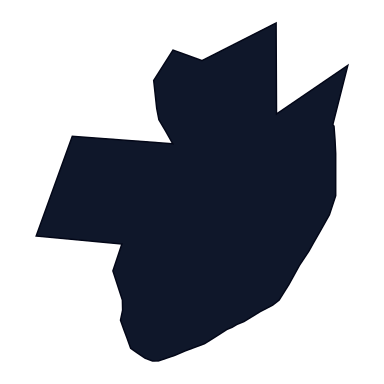 Mederdra, Trarza, Mauritania (Natural Earth projection)
{"feature_id": "47542326B59245352565920", "entity_name": "Mederdra", "entity_type": "district", "adm_level": 2, "iso_a3": "MRT", "parent_name": "Mauritania", "parent_adm1": "Trarza", "projection": "natural_earth1", "projection_center": [-15.699, 17.141], "detail": "fine", "context": "isolated", "style": "filled", "palette": "ink", "viewbox_px": 384, "rotation_deg": 0, "n_neighbors": 0, "source": "geoboundaries", "source_scale": "gbopen_adm2", "svg_char_len": 699}
<svg xmlns="http://www.w3.org/2000/svg" viewBox="0 0 384 384"><path d="M347.8,65.4L276.5,114.0L276.1,23.0L202.0,60.6L173.0,50.1L153.8,80.3L153.7,80.4L156.7,108.3L158.9,119.7L165.6,131.0L172.8,143.8L72.3,136.3L36.2,236.0L121.9,244.0L112.9,270.9L122.4,300.1L122.6,310.2L120.5,320.2L123.7,329.2L126.9,337.7L130.7,348.3L136.8,352.6L145.1,358.2L152.5,361.0L158.5,360.9L175.2,355.2L185.2,350.9L204.5,343.7L214.4,337.5L227.0,329.4L232.1,327.3L237.0,324.4L243.9,321.6L260.2,311.6L272.7,305.1L279.1,300.1L288.9,284.5L299.6,265.1L308.9,251.1L313.3,243.2L320.4,230.8L329.4,214.8L335.7,195.7L335.7,153.6L335.0,139.6L334.0,126.2L332.8,124.6L347.8,65.4Z" fill="#0f172a" stroke="#020617" stroke-width="1.5"/></svg>